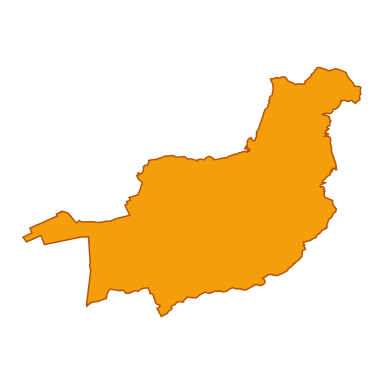 Turt, Satu Mare, Romania (Natural Earth projection)
{"feature_id": "2599482B52636092588365", "entity_name": "Turt", "entity_type": "district", "adm_level": 2, "iso_a3": "ROU", "parent_name": "Romania", "parent_adm1": "Satu Mare", "projection": "natural_earth1", "projection_center": [23.217, 48.001], "detail": "fine", "context": "isolated", "style": "filled", "palette": "amber", "viewbox_px": 384, "rotation_deg": 0, "n_neighbors": 0, "source": "geoboundaries", "source_scale": "gbopen_adm2", "svg_char_len": 6037}
<svg xmlns="http://www.w3.org/2000/svg" viewBox="0 0 384 384"><path d="M361.0,94.0L360.3,92.9L360.3,91.0L360.7,87.3L358.8,86.4L354.6,86.2L353.2,83.0L349.2,78.8L347.0,75.4L346.4,73.0L345.7,72.3L343.3,71.5L342.3,70.8L335.6,68.6L330.4,70.5L328.3,70.7L325.3,69.3L322.2,68.5L320.8,67.7L318.2,67.5L317.1,67.8L316.6,68.3L316.5,69.1L315.1,70.0L315.0,70.7L313.9,72.5L311.3,74.4L311.2,75.0L311.4,75.0L310.9,76.2L306.2,80.5L305.3,80.9L304.8,82.1L304.9,83.6L302.7,84.2L300.9,84.1L300.7,83.8L297.0,84.0L296.7,84.6L295.9,84.7L294.1,83.6L287.8,80.8L285.6,77.2L281.8,76.9L279.6,78.1L276.3,77.6L273.2,78.7L270.5,79.0L270.9,79.7L271.2,81.2L272.3,83.0L273.2,85.8L273.0,87.9L273.2,89.8L272.3,92.8L272.4,94.5L271.6,95.5L270.1,96.7L269.6,97.7L269.6,99.2L268.6,100.9L269.5,102.6L268.1,104.8L268.0,106.9L267.7,107.4L265.7,108.9L264.6,110.3L264.5,111.2L263.9,112.4L263.6,114.3L262.8,116.1L258.2,129.9L256.4,131.9L256.8,134.0L256.4,134.5L256.6,137.2L255.5,138.1L254.9,140.5L253.9,140.6L252.0,140.2L251.7,139.9L251.7,139.1L251.5,138.3L250.7,137.6L248.4,139.2L247.6,140.4L247.2,141.9L247.3,144.8L245.7,146.7L245.0,148.3L245.1,149.0L245.5,149.3L245.8,149.2L245.9,148.4L246.6,147.9L246.5,147.5L247.1,146.8L247.4,148.0L249.2,149.2L248.1,149.2L247.7,149.7L247.7,150.4L248.2,150.9L248.9,150.6L249.4,151.1L248.7,151.5L247.1,151.2L246.7,151.6L246.9,152.2L246.6,152.3L244.9,151.4L242.7,151.8L239.8,152.9L239.2,152.7L237.0,154.2L234.4,154.3L229.1,156.2L227.6,156.9L227.3,157.5L226.2,158.0L224.3,157.6L222.8,158.3L220.0,158.5L218.6,159.3L215.4,159.6L213.6,159.5L213.0,158.2L209.2,156.2L206.7,157.3L204.6,159.5L202.8,159.6L201.1,159.1L198.1,159.5L197.1,160.3L197.6,161.0L197.4,161.0L195.4,160.1L190.6,158.9L188.4,159.1L186.6,158.4L186.0,157.5L184.5,156.7L183.6,156.5L177.6,157.3L175.8,157.0L173.9,155.9L172.1,155.5L167.8,156.1L166.1,155.9L156.5,159.2L148.6,160.4L148.9,161.8L147.9,163.9L147.9,164.4L147.4,164.9L144.7,165.5L144.2,166.2L143.4,166.5L143.6,168.7L143.1,170.3L143.1,171.2L141.9,173.2L140.1,173.8L138.5,173.0L137.0,173.2L137.9,173.5L138.9,174.6L137.8,175.3L136.7,175.6L138.1,178.5L138.7,179.5L142.0,181.9L141.8,182.6L142.4,184.1L141.4,184.9L140.7,187.7L138.7,193.1L137.3,195.1L129.1,197.5L130.5,200.4L126.5,201.5L127.6,203.8L124.9,205.0L129.8,215.3L115.9,218.7L110.4,221.1L105.2,221.3L101.2,222.4L96.8,222.5L93.8,221.8L82.5,221.9L80.5,221.5L79.4,220.5L76.2,222.9L69.0,214.1L67.4,212.7L61.8,211.2L60.7,212.0L56.3,214.1L57.2,216.0L29.9,228.2L31.9,233.0L23.0,237.2L26.5,241.9L41.0,235.5L44.4,244.6L80.2,237.2L88.5,236.7L90.2,262.9L90.2,263.6L89.6,265.0L90.7,271.0L86.5,305.0L87.0,306.2L88.2,304.7L90.7,303.2L90.8,302.6L91.2,302.3L98.2,301.4L104.2,299.0L106.1,298.6L106.7,296.9L106.7,294.9L108.4,291.1L110.3,289.1L120.0,290.7L120.9,290.3L121.3,290.5L122.5,290.3L124.4,291.0L125.4,293.1L128.8,293.2L130.9,292.6L134.4,290.7L136.8,290.9L137.9,291.5L139.2,290.2L143.0,288.3L148.0,287.9L150.6,293.4L150.2,293.5L150.4,293.7L152.1,294.1L153.4,295.1L153.7,297.3L154.7,299.1L155.2,301.9L155.9,303.3L157.5,304.6L159.8,305.0L160.2,306.1L156.8,308.9L158.4,310.3L159.0,312.2L161.3,316.5L167.3,313.3L169.0,310.8L171.4,309.6L172.0,308.7L171.9,308.1L171.1,307.0L171.7,306.0L173.9,305.1L175.4,304.1L176.9,302.2L179.9,301.5L181.5,301.8L182.5,302.3L183.7,301.7L183.6,300.6L186.0,298.5L186.5,297.9L186.7,297.2L196.1,297.9L200.7,294.3L204.9,292.2L209.4,293.4L215.8,290.9L217.4,291.6L218.3,291.0L223.1,291.8L226.1,291.5L229.8,288.9L232.2,287.9L233.8,287.8L235.9,289.0L236.2,288.7L238.8,289.0L240.1,288.7L240.8,289.2L241.5,289.1L242.9,289.8L245.8,290.0L255.4,284.7L258.0,284.8L259.8,285.7L261.6,285.2L263.5,284.2L264.8,282.7L265.1,281.9L265.0,280.8L264.2,279.8L264.1,279.2L262.8,278.4L262.9,278.2L264.8,276.9L265.7,276.8L267.9,274.7L272.2,274.5L273.1,275.1L273.9,274.8L275.4,275.6L278.1,275.3L278.5,274.7L281.5,273.9L287.3,270.6L289.4,267.5L289.9,267.3L290.3,267.5L291.7,266.3L292.3,265.4L293.3,264.8L293.3,263.7L293.9,263.4L294.3,263.6L294.4,263.3L295.1,263.0L297.0,261.2L299.3,259.6L301.9,256.3L302.2,252.8L302.1,251.8L303.0,250.2L305.2,249.4L304.9,249.1L304.8,248.4L305.0,247.9L304.5,247.0L303.9,246.6L304.3,245.7L303.6,245.2L304.3,244.6L303.2,242.4L310.6,240.3L313.1,238.6L315.9,237.6L316.4,236.9L316.7,235.4L320.7,232.4L320.9,231.8L322.1,230.3L326.4,228.3L326.6,228.0L326.2,227.6L327.0,227.1L327.0,224.1L327.8,222.6L328.4,220.0L331.3,217.6L332.7,215.2L333.0,213.9L334.9,212.5L335.7,211.5L336.2,209.7L336.2,208.8L333.9,206.1L332.7,203.9L332.5,201.9L332.7,200.6L330.3,199.5L329.0,199.2L327.6,198.3L326.0,197.9L324.7,197.0L324.4,196.0L324.3,193.1L324.1,192.9L323.8,191.5L325.0,190.9L324.1,189.7L324.0,189.0L324.3,188.6L324.1,187.9L322.5,186.4L320.7,187.1L320.0,186.4L320.1,185.5L321.1,184.6L324.1,183.3L324.7,183.3L325.5,182.7L324.3,182.3L323.0,182.5L322.1,182.1L322.5,180.8L324.3,179.6L327.5,176.3L330.3,174.6L330.0,173.8L330.5,173.3L330.2,172.8L330.5,172.1L331.9,171.9L331.9,171.6L331.0,170.7L332.6,170.3L332.9,169.2L332.1,169.3L332.9,168.2L333.6,168.3L334.9,169.2L335.6,169.2L336.0,169.8L336.6,169.5L336.4,169.0L335.5,168.5L335.6,167.9L336.3,168.1L335.8,163.7L331.5,151.3L331.5,147.6L330.3,143.6L330.6,141.0L330.4,137.8L328.3,136.3L324.9,136.3L325.7,135.7L325.0,135.7L325.3,135.1L327.7,134.2L328.2,134.3L328.4,133.7L326.3,133.3L326.2,132.7L325.2,133.1L324.9,133.0L325.7,131.9L325.9,130.8L326.2,130.7L326.3,130.2L326.6,130.0L327.4,130.2L327.6,129.6L328.9,129.0L327.8,128.2L327.2,128.2L327.0,127.8L327.4,127.6L327.2,127.1L327.9,126.1L329.7,125.7L329.8,124.5L330.1,123.0L329.7,121.7L330.9,121.1L329.6,119.1L329.3,117.6L329.5,117.1L328.9,116.4L327.7,116.1L326.1,115.2L323.3,115.1L322.5,114.4L323.2,113.6L324.0,113.9L325.2,113.3L327.7,113.3L329.3,113.7L330.1,113.6L331.8,112.5L332.3,112.0L333.1,109.9L333.7,109.2L335.2,109.2L338.3,107.2L338.7,106.2L339.8,105.1L340.5,102.7L341.3,101.9L341.3,101.3L340.7,100.5L340.9,100.4L342.5,100.7L344.8,100.2L346.9,101.3L349.0,101.3L350.3,100.6L351.7,100.5L352.4,100.9L353.4,102.2L354.5,102.4L355.1,103.3L355.5,103.3L355.5,102.8L356.6,102.2L356.7,101.8L359.9,99.7L359.5,96.3L359.9,95.0L361.0,94.0Z" fill="#f59e0b" stroke="#b45309" stroke-width="1.5"/></svg>